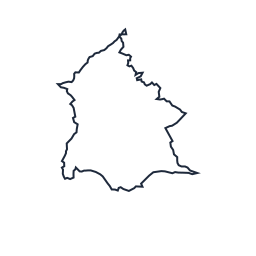 the district of Ibiraiaras, Rio Grande do Sul, Brazil, rotated 126°
{"feature_id": "56859067B62229302377905", "entity_name": "Ibiraiaras", "entity_type": "district", "adm_level": 2, "iso_a3": "BRA", "parent_name": "Brazil", "parent_adm1": "Rio Grande do Sul", "projection": "natural_earth1", "projection_center": [-51.642, -28.366], "detail": "fine", "context": "isolated", "style": "outline", "palette": "slate", "viewbox_px": 256, "rotation_deg": 126, "n_neighbors": 0, "source": "geoboundaries", "source_scale": "gbopen_adm2", "svg_char_len": 2278}
<svg xmlns="http://www.w3.org/2000/svg" viewBox="0 0 256 256"><g transform="rotate(126 128 128)"><path d="M82.2,89.9L83.4,93.9L82.5,96.7L83.0,102.6L83.8,105.4L82.8,108.2L82.1,110.1L83.7,112.4L83.1,116.1L84.7,117.4L86.1,118.8L87.7,121.8L84.3,121.0L80.7,124.4L76.7,125.3L75.6,130.9L77.8,132.0L77.1,135.4L79.4,135.8L82.8,137.8L82.8,140.1L81.7,141.9L82.4,144.3L80.9,145.9L83.9,148.7L82.6,150.2L78.8,148.1L74.7,148.7L77.4,151.8L80.6,153.1L78.0,154.2L77.9,156.8L76.5,159.0L75.6,161.9L77.3,163.1L77.6,165.3L75.3,166.0L73.3,167.7L72.0,166.0L70.2,167.3L68.5,167.5L68.3,170.4L70.1,172.1L71.1,176.5L71.9,179.4L68.9,179.8L65.0,179.4L61.9,182.1L61.3,184.3L59.6,186.0L59.1,189.0L61.4,189.0L63.5,189.0L65.8,189.8L68.2,190.1L70.9,191.1L73.5,192.2L76.1,192.3L78.9,193.0L81.5,195.2L84.2,195.8L85.6,197.4L87.5,198.7L90.6,198.8L93.2,200.8L95.1,200.7L96.9,200.3L98.8,199.2L101.4,200.0L105.0,200.4L108.9,200.5L112.0,200.4L113.9,203.3L115.8,203.4L117.7,201.9L119.5,200.8L121.8,200.3L124.0,200.6L125.5,203.4L127.8,205.4L130.0,207.1L131.8,207.9L133.7,210.5L134.5,206.2L133.2,203.6L132.2,200.0L134.1,199.2L135.3,197.0L135.2,193.6L135.7,191.4L136.8,187.7L139.2,188.5L142.5,188.8L142.5,186.7L143.7,183.8L149.8,177.3L152.2,178.4L154.9,175.0L154.6,170.9L159.0,168.8L161.8,167.1L164.6,168.0L169.8,167.5L176.5,168.5L181.0,164.9L183.3,164.5L184.8,163.4L187.5,162.8L191.2,162.3L193.6,162.0L193.6,159.3L196.4,157.1L198.9,158.2L199.9,156.1L203.4,153.8L205.1,151.3L206.1,149.1L204.1,147.9L203.3,144.8L200.1,142.9L196.9,145.3L194.6,146.8L192.4,146.3L190.6,147.0L191.5,141.6L190.4,139.8L188.4,138.6L187.0,136.8L185.6,135.2L184.2,133.2L182.5,128.2L181.8,123.2L182.0,120.0L184.8,111.8L185.6,108.8L187.3,105.0L185.5,102.5L184.6,99.5L181.9,100.3L180.2,99.1L180.1,95.9L178.4,90.3L173.0,87.6L170.6,87.3L167.0,81.8L165.3,84.7L154.1,82.9L148.9,81.5L143.3,75.7L141.4,72.7L138.5,65.5L136.0,64.0L134.4,60.9L132.4,58.1L128.7,52.6L127.6,48.9L123.7,45.5L125.9,52.8L125.0,56.6L125.6,59.2L127.7,62.2L128.3,65.1L127.2,67.4L125.5,69.0L122.6,71.1L122.3,75.3L119.2,78.6L117.9,82.3L114.9,85.2L112.4,84.3L106.1,97.7L102.0,95.4L100.3,93.7L95.1,91.6L92.2,91.2L82.2,89.9ZM49.9,188.2L51.7,188.7L54.0,188.7L56.0,188.2L53.2,184.5L49.9,188.2ZM56.0,188.2L57.2,189.8L59.1,189.0L56.0,188.2Z" fill="none" stroke="#1e293b" stroke-width="2"/></g></svg>